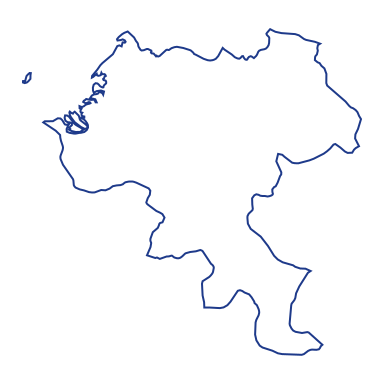 the Department of Cauca
{"feature_id": "COL-1404", "entity_name": "Cauca", "entity_type": "Department", "adm_level": 1, "iso_a3": "COL", "parent_name": "Colombia", "parent_adm1": "", "projection": "albers", "projection_center": [-77.137, 2.145], "detail": "fine", "context": "isolated", "style": "outline", "palette": "blue", "viewbox_px": 384, "rotation_deg": 0, "n_neighbors": 0, "source": "natural_earth", "source_scale": "10m", "svg_char_len": 5780}
<svg xmlns="http://www.w3.org/2000/svg" viewBox="0 0 384 384"><path d="M43.3,122.4L44.7,121.3L52.9,121.2L57.8,118.3L60.5,118.5L62.4,120.3L63.9,122.9L64.9,124.4L66.4,124.8L69.0,124.1L67.8,126.2L66.6,129.1L66.8,131.7L69.5,132.8L74.0,133.6L75.7,133.6L79.3,132.9L80.9,132.8L84.3,132.0L86.7,130.1L88.0,127.6L87.9,125.1L87.1,123.3L85.5,121.0L83.5,119.0L81.4,118.4L81.4,117.5L84.3,117.5L84.3,116.5L82.4,116.1L81.6,115.2L81.5,113.9L82.3,112.7L80.8,112.3L80.4,111.5L80.6,110.3L81.4,108.9L80.2,108.7L79.6,108.3L79.5,106.1L82.0,107.1L83.9,106.2L85.6,104.8L87.5,104.1L89.7,103.6L90.5,103.1L89.9,102.3L88.8,102.1L86.5,103.1L85.3,103.1L83.2,101.9L83.8,100.8L85.3,99.9L86.2,99.0L89.3,99.7L91.9,99.9L93.8,99.4L95.3,101.5L95.6,102.3L96.6,102.3L95.3,99.3L90.2,98.0L91.8,95.6L94.0,94.4L96.0,94.2L97.8,93.7L99.5,91.8L101.9,92.9L102.7,93.7L103.2,94.7L104.0,91.5L101.0,90.5L96.7,91.1L93.8,92.7L93.0,90.6L92.9,87.6L93.7,84.7L95.6,83.2L97.5,83.5L98.8,84.6L99.9,86.0L101.4,87.0L102.9,87.5L103.4,87.3L103.5,86.4L104.2,85.1L106.1,83.4L106.2,82.9L106.1,81.4L105.6,80.6L103.7,80.1L103.2,79.5L103.2,78.8L104.0,78.3L104.7,76.4L105.8,75.9L105.2,74.6L104.3,74.1L103.1,74.2L102.1,74.0L101.4,72.7L101.0,74.0L101.4,74.6L99.9,75.5L98.3,75.8L97.1,75.3L96.7,73.8L93.2,76.9L91.9,77.6L92.1,75.9L97.2,69.8L100.3,65.3L102.4,63.1L112.9,54.2L117.3,46.1L119.3,45.4L121.6,46.4L122.6,42.4L123.5,42.4L124.8,42.7L125.6,41.8L124.8,40.4L122.7,39.4L120.6,40.1L117.5,40.5L117.0,39.2L118.7,37.1L122.1,34.2L124.4,32.8L127.7,31.5L134.1,37.5L136.0,41.0L137.4,42.7L138.0,44.0L138.3,46.0L138.7,47.0L140.5,49.8L141.6,50.5L143.8,50.2L146.8,49.0L147.9,49.0L151.3,50.6L151.5,51.4L150.9,52.2L151.0,52.7L152.0,53.5L152.6,53.4L153.7,53.6L155.9,56.2L156.3,55.5L156.5,55.5L157.1,56.2L158.2,56.5L159.6,56.0L166.3,49.9L167.2,49.7L168.3,50.0L169.1,49.9L171.5,48.2L174.3,47.2L176.9,46.8L183.3,48.0L190.0,50.1L191.0,50.6L193.3,52.7L194.1,54.0L195.6,54.6L203.6,58.8L207.7,60.2L210.1,60.5L212.4,60.2L213.8,59.8L215.8,58.8L218.2,56.1L222.7,47.9L224.5,49.6L231.8,54.5L234.8,57.2L237.4,58.4L239.2,58.7L240.3,58.1L242.1,56.2L243.0,56.1L244.1,58.1L245.2,59.4L246.2,59.8L247.0,59.7L247.4,59.3L247.7,58.4L249.0,56.9L250.7,56.2L251.6,56.5L253.9,58.1L256.1,56.0L257.0,54.7L258.3,51.7L259.2,50.7L260.9,49.9L264.4,49.2L265.9,48.6L267.4,47.1L268.6,45.1L269.1,42.9L269.3,38.0L268.8,36.9L266.9,35.0L266.4,33.8L267.0,32.8L270.1,29.2L275.4,31.8L281.5,33.1L295.1,34.1L298.9,35.3L304.0,39.0L306.1,39.9L314.9,41.8L320.1,43.7L317.9,45.1L317.3,48.2L317.8,50.7L316.9,54.5L315.6,55.9L315.1,57.0L314.9,60.1L317.6,62.3L319.6,63.1L321.4,65.8L324.4,68.4L326.4,73.9L326.3,83.1L327.2,85.6L345.5,101.5L349.1,105.8L350.9,107.4L353.2,108.3L355.7,110.1L357.5,112.2L359.1,116.0L361.0,119.1L358.0,129.0L355.4,134.4L355.1,138.5L359.0,146.2L355.7,148.1L354.0,149.7L352.2,152.7L347.6,152.9L344.9,151.5L340.3,147.5L335.3,144.0L333.5,144.6L330.2,148.5L327.0,151.3L323.7,153.7L313.8,158.7L309.3,160.4L298.3,163.3L294.9,163.2L292.2,162.7L284.5,156.8L282.3,154.8L278.1,153.9L276.3,161.3L281.3,172.3L281.2,174.5L280.1,176.0L277.6,182.7L275.7,186.3L274.1,187.1L272.3,189.4L272.4,191.9L272.9,193.9L272.6,194.6L271.6,195.4L269.6,196.1L267.6,196.5L264.9,196.0L262.4,196.0L260.3,195.7L258.6,194.8L256.3,194.3L254.3,195.3L252.1,198.3L252.3,204.7L252.8,208.8L252.4,210.2L248.7,213.7L247.5,216.1L247.4,217.9L247.9,223.7L250.7,228.9L260.8,236.7L268.0,246.0L274.1,255.8L277.8,259.5L282.7,262.3L293.1,265.3L295.2,266.8L300.3,268.5L305.5,268.7L310.6,271.0L307.9,272.8L299.3,286.4L296.1,293.3L295.3,298.0L294.3,300.2L291.6,303.7L291.2,305.5L289.6,323.7L289.9,325.3L291.5,328.5L293.1,330.5L295.5,331.8L302.0,333.0L307.3,332.1L308.7,332.5L322.4,344.8L320.8,346.2L320.0,347.9L318.9,349.3L316.4,349.8L312.0,349.6L310.3,349.9L308.1,350.9L303.9,354.1L301.7,354.8L282.2,354.1L277.9,353.3L272.4,350.7L262.5,347.5L259.7,345.6L256.4,340.4L255.1,334.6L255.6,322.4L256.3,319.9L258.6,315.3L259.2,312.8L259.1,311.0L258.6,309.1L256.9,305.2L254.5,303.0L254.2,301.5L251.6,297.3L249.2,294.4L244.5,292.5L242.3,291.0L240.0,290.2L237.8,290.8L230.5,301.7L227.4,305.2L223.6,307.4L219.9,308.1L208.9,307.5L204.3,307.5L204.1,302.2L202.6,295.5L202.0,283.7L202.6,281.2L209.3,276.9L210.8,275.4L212.3,273.5L213.0,272.0L213.8,267.8L213.6,266.7L213.0,265.6L212.4,264.9L211.0,263.8L202.6,251.1L201.7,250.5L200.3,250.0L195.9,251.3L190.2,252.0L185.9,253.2L185.1,253.6L182.3,256.3L180.7,257.5L179.7,258.0L178.3,258.3L176.8,258.2L174.3,257.5L172.0,255.7L171.2,255.7L168.9,256.4L166.6,256.5L159.8,258.9L157.0,257.5L155.3,258.0L147.0,255.3L150.5,247.1L151.2,243.0L150.4,240.8L150.4,238.9L152.8,232.2L157.8,227.9L158.8,225.6L159.4,223.7L160.1,223.0L162.5,222.3L164.5,217.6L162.4,214.1L159.9,212.6L156.4,211.0L148.1,204.8L146.8,203.6L146.3,202.4L147.8,198.1L149.8,194.8L150.3,190.7L148.7,188.4L136.4,182.7L133.8,181.8L132.3,181.5L130.2,181.5L128.5,181.6L125.3,182.3L123.4,183.7L123.0,184.2L120.5,185.1L116.7,185.4L112.8,186.2L109.6,188.6L105.5,190.3L101.2,190.0L94.7,192.4L92.1,192.5L89.0,192.1L84.0,190.4L79.7,189.4L75.6,187.6L74.4,186.3L73.8,185.1L73.4,180.5L73.0,179.2L63.0,164.8L60.6,159.1L60.4,157.8L60.4,156.5L60.7,155.3L62.5,150.5L62.9,148.8L63.0,147.3L62.7,145.9L61.0,140.9L60.3,137.7L60.1,135.0L55.7,130.7L43.3,122.4ZM80.4,120.3L85.7,124.4L87.6,126.4L86.9,128.5L84.6,128.8L81.0,127.0L74.7,122.2L70.9,117.1L70.1,115.5L69.6,113.9L69.4,112.3L69.8,111.6L71.4,113.0L72.9,113.6L73.3,112.8L74.7,111.7L78.6,115.5L79.1,116.6L79.8,119.3L80.4,120.3ZM67.1,115.5L69.0,116.7L74.2,123.6L76.3,125.2L81.0,127.9L83.3,129.8L80.1,131.9L75.7,132.0L71.6,131.0L69.0,129.7L70.1,128.9L69.0,127.9L71.9,125.1L71.9,123.4L70.0,122.4L67.6,122.2L65.4,120.7L64.6,117.8L65.1,115.4L67.1,115.5ZM27.7,74.7L29.6,73.0L30.8,73.1L30.5,75.1L30.4,78.9L28.3,81.3L26.8,82.5L24.7,83.1L23.0,82.5L23.0,81.1L25.2,80.9L26.5,76.1L27.7,74.7Z" fill="none" stroke="#1e3a8a" stroke-width="2"/></svg>